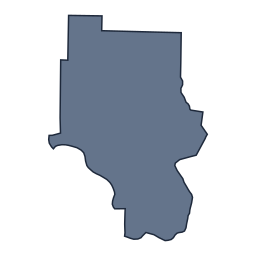 Suong, Kâmpóng Cham, Cambodia (Robinson projection)
{"feature_id": "14789045B38579043699955", "entity_name": "Suong", "entity_type": "district", "adm_level": 2, "iso_a3": "KHM", "parent_name": "Cambodia", "parent_adm1": "Kâmpóng Cham", "projection": "robinson", "projection_center": [105.675, 11.93], "detail": "fine", "context": "isolated", "style": "filled", "palette": "slate", "viewbox_px": 256, "rotation_deg": 0, "n_neighbors": 0, "source": "geoboundaries", "source_scale": "gbopen_adm2", "svg_char_len": 1407}
<svg xmlns="http://www.w3.org/2000/svg" viewBox="0 0 256 256"><path d="M181.2,32.7L155.9,32.1L101.7,30.7L102.0,15.9L68.6,15.4L67.8,60.2L60.7,59.9L60.1,117.8L60.5,133.1L57.2,134.0L52.4,135.3L49.1,135.4L48.7,139.5L49.3,143.2L51.5,146.8L53.4,148.8L55.4,146.4L57.6,145.4L61.9,144.7L65.5,144.8L68.4,145.3L71.9,146.2L77.0,147.7L81.0,150.0L83.7,152.7L85.0,156.5L85.6,161.1L86.9,165.6L88.3,167.6L90.8,169.9L93.1,171.9L96.5,173.8L99.9,175.3L103.3,177.3L106.9,179.5L109.9,182.4L111.8,185.2L113.2,188.3L114.5,191.9L114.8,194.4L113.5,197.8L112.6,201.1L112.3,204.2L113.4,207.1L114.7,208.8L125.2,208.7L125.0,213.0L124.7,224.1L125.0,232.8L124.6,236.2L126.7,236.9L130.5,238.3L133.7,239.2L137.9,239.0L141.0,237.7L142.5,235.9L145.9,232.5L154.0,234.7L158.9,237.6L165.1,240.6L168.0,240.3L171.2,239.5L173.4,237.7L175.0,235.1L177.0,233.2L178.8,232.6L182.2,232.1L184.5,231.0L186.0,227.8L186.6,223.8L187.7,218.7L188.1,215.6L189.5,213.3L189.8,210.3L190.2,208.3L191.6,202.9L192.5,197.4L191.6,194.4L189.5,191.6L187.9,189.0L186.5,186.5L184.0,182.3L182.8,178.6L180.8,175.8L177.2,170.6L174.8,165.6L175.3,163.1L179.7,159.6L190.3,156.7L196.2,155.2L205.3,138.3L205.7,137.1L207.3,134.3L201.1,125.3L202.9,112.0L190.8,110.1L189.9,109.2L189.4,106.1L188.1,103.9L186.1,102.3L185.2,100.0L184.2,97.3L182.6,94.9L181.0,92.5L180.9,88.4L182.6,84.8L182.6,81.0L180.5,77.2L180.8,62.7L181.2,32.7Z" fill="#64748b" stroke="#1e293b" stroke-width="1.5"/></svg>